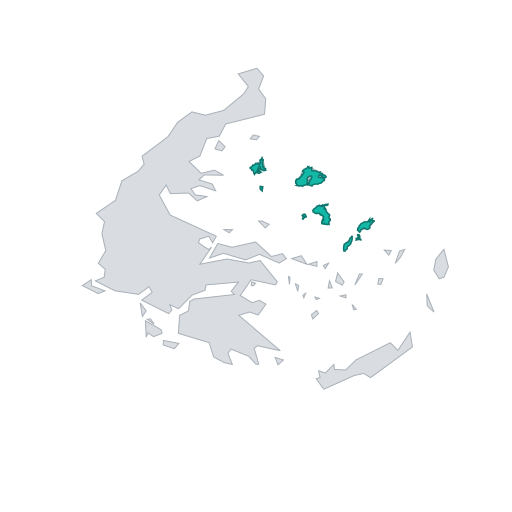 Voreioy Aigaioy, Voreio Aigaio, Greece (highlighted), rotated 328°
{"feature_id": "26713481B43979888680650", "entity_name": "Voreioy Aigaioy", "entity_type": "district", "adm_level": 2, "iso_a3": "GRC", "parent_name": "Greece", "parent_adm1": "Voreio Aigaio", "projection": "mercator", "projection_center": [26.018, 38.772], "detail": "fine", "context": "in_parent", "style": "filled", "palette": "teal", "viewbox_px": 512, "rotation_deg": 328, "n_neighbors": 0, "source": "geoboundaries", "source_scale": "gbopen_adm2", "svg_char_len": 9778}
<svg xmlns="http://www.w3.org/2000/svg" viewBox="0 0 512 512"><g transform="rotate(328 256 256)"><path d="M337.4,92.1L356.2,97.3L357.9,107.4L346.7,115.7L347.6,127.8L338.3,140.3L300.2,128.0L288.4,134.9L276.4,130.3L261.4,141.5L249.3,140.4L253.3,156.8L266.4,161.3L271.3,170.3L255.0,159.8L248.0,161.2L257.1,171.9L256.3,179.3L245.6,166.5L236.5,164.5L236.8,171.9L245.9,179.6L235.4,178.1L232.2,166.9L216.4,157.7L217.4,148.2L206.3,153.0L204.9,175.8L232.8,218.2L226.2,221.8L226.5,214.2L217.4,211.8L214.3,214.1L216.0,218.5L219.1,225.3L222.9,224.9L204.0,233.2L230.0,243.3L246.3,258.2L257.1,262.0L260.4,289.2L257.2,290.8L239.4,273.6L221.7,281.1L227.9,293.5L235.4,295.4L238.9,302.1L226.5,307.2L220.9,300.1L210.0,297.2L226.4,349.2L209.6,332.8L205.5,333.5L201.0,349.2L198.7,347.9L196.7,337.2L185.5,321.7L180.7,323.5L178.4,335.5L172.5,329.5L166.6,319.2L170.3,304.6L149.2,280.5L159.8,265.8L169.5,266.8L175.8,259.4L180.7,259.7L217.3,277.2L216.3,272.8L227.3,268.8L198.4,254.1L194.6,258.0L181.1,255.3L162.4,259.7L157.1,251.7L156.0,257.2L151.4,258.6L135.7,232.9L148.7,231.8L149.0,225.3L136.1,226.3L118.0,210.8L106.6,192.0L116.0,193.5L121.1,187.4L118.4,178.6L131.5,171.8L137.1,155.5L145.7,146.6L143.1,135.2L166.3,134.3L182.2,121.1L201.2,121.7L209.9,118.7L212.2,111.0L244.5,108.2L260.4,101.1L278.0,99.8L287.7,109.8L305.8,115.4L331.3,112.0L339.3,108.3L337.4,92.1ZM252.7,392.0L264.6,389.2L262.4,393.8L271.7,400.2L285.7,397.1L323.9,400.7L326.3,411.2L346.3,402.2L340.5,416.0L288.7,419.9L285.2,412.7L275.9,409.4L242.9,404.9L242.0,392.0L245.9,393.0L248.3,386.4L252.7,392.0ZM230.2,225.2L240.3,235.9L263.1,243.9L268.8,264.6L279.7,268.1L280.3,274.3L271.9,274.3L259.8,256.4L245.1,253.8L229.9,236.5L215.5,233.1L230.2,225.2ZM349.7,210.6L356.1,221.4L356.3,225.2L352.7,223.1L354.9,227.0L340.3,225.5L338.3,222.8L344.5,217.1L336.9,222.1L328.3,217.0L340.5,208.5L349.7,210.6ZM404.1,373.6L399.3,372.3L399.3,362.2L406.8,354.0L418.9,349.9L413.4,367.2L404.1,373.6ZM337.7,264.7L334.1,267.5L330.1,263.5L333.9,258.2L328.3,247.5L340.3,249.1L337.7,264.7ZM127.9,252.3L136.5,268.4L135.4,271.8L126.4,270.1L123.7,263.9L119.9,266.6L127.9,252.3ZM109.5,205.6L102.2,204.2L93.1,189.1L103.8,188.8L100.7,194.0L109.5,205.6ZM312.8,178.4L309.8,187.1L305.7,182.8L298.6,184.9L298.4,177.6L312.8,178.4ZM365.5,284.3L374.2,289.2L366.2,292.3L356.2,288.5L365.5,284.3ZM287.7,147.0L282.8,148.8L277.9,143.4L285.6,138.4L287.7,147.0ZM132.8,278.6L144.3,289.3L137.6,291.3L130.1,282.2L132.8,278.6ZM317.0,324.6L313.6,326.4L310.0,319.7L316.2,313.7L317.0,324.6ZM294.6,279.8L294.8,290.0L284.9,277.1L294.6,279.8ZM380.6,378.7L377.3,397.9L374.8,389.1L380.6,378.7ZM133.7,244.4L127.6,247.1L132.9,234.4L133.7,244.4ZM224.1,358.7L217.0,359.9L218.5,352.2L224.1,358.7ZM370.2,336.0L380.3,327.9L385.5,329.3L377.8,333.6L370.2,336.0ZM335.3,297.8L337.5,292.8L347.5,290.9L342.0,295.9L335.3,297.8ZM305.2,316.0L303.8,323.5L300.2,321.4L305.2,316.0ZM304.8,293.0L302.2,297.1L296.1,290.8L304.8,293.0ZM283.9,236.1L278.8,237.1L276.7,227.7L279.7,229.6L283.9,236.1ZM322.3,156.4L318.0,157.7L313.2,153.6L317.8,151.9L322.3,156.4ZM278.6,334.3L278.4,338.0L270.7,339.4L271.9,335.2L278.6,334.3ZM336.6,327.7L324.4,333.0L334.2,326.0L336.6,327.7ZM273.5,292.1L269.3,297.9L272.7,290.5L273.5,292.1ZM313.8,300.6L307.9,303.4L308.1,299.7L313.8,300.6ZM351.7,342.7L346.8,346.2L344.4,344.5L348.2,340.2L351.7,342.7ZM373.6,323.0L369.1,325.7L367.9,318.9L373.6,323.0ZM276.6,303.6L272.7,308.1L274.7,300.4L276.6,303.6ZM133.2,253.4L133.5,259.9L130.2,252.0L133.2,253.4ZM311.7,336.5L310.1,339.2L306.1,334.5L311.7,336.5ZM250.0,221.2L245.6,222.1L242.9,216.6L250.0,221.2ZM241.3,278.8L238.1,279.9L236.3,278.5L238.7,275.7L241.3,278.8ZM278.4,313.9L274.4,316.8L275.0,314.2L278.4,313.9ZM311.8,348.0L312.8,354.3L310.3,353.4L311.8,348.0ZM287.3,325.5L284.0,325.0L284.2,322.0L287.3,325.5Z" fill="#d9dde1" stroke="#a8b0b8" stroke-width="1"/><path d="M347.5,208.2L347.2,207.7L346.7,208.2L346.1,208.4L343.7,208.3L342.8,208.0L341.9,208.4L341.1,208.3L340.6,208.7L340.8,208.8L340.8,209.1L340.6,209.8L341.1,210.3L340.6,210.9L339.9,211.0L338.6,211.8L338.0,211.4L337.8,211.9L337.0,212.3L335.4,212.7L334.5,212.6L334.2,213.1L333.3,213.1L333.0,212.8L332.3,213.3L331.9,213.0L331.3,213.0L331.1,212.9L331.2,212.4L330.8,212.4L330.6,212.9L329.6,213.2L328.8,214.4L328.9,215.0L328.7,215.2L328.4,215.2L328.3,215.6L328.7,216.0L328.6,216.5L328.6,217.8L327.8,217.6L328.3,218.2L329.1,218.6L329.4,219.3L329.9,219.5L330.4,220.0L331.0,220.0L331.7,220.3L332.4,221.6L333.9,221.4L337.1,222.5L337.4,222.3L337.5,221.8L337.9,221.3L338.5,221.6L338.9,220.0L340.1,219.0L340.1,217.8L340.5,217.2L341.2,217.1L341.8,216.7L343.6,216.7L344.9,217.2L345.4,217.7L345.4,218.0L344.9,219.1L343.7,219.4L343.6,219.8L343.2,219.9L342.6,220.4L342.1,220.3L341.9,220.5L341.3,220.6L340.3,222.0L339.7,222.1L339.3,222.5L338.4,222.2L337.4,222.9L337.4,223.2L338.1,223.2L338.4,223.5L339.4,224.8L339.6,225.3L340.6,226.3L341.0,225.9L341.6,225.8L343.2,226.0L345.0,226.7L346.6,227.9L348.0,227.9L349.5,228.5L350.3,228.6L352.8,227.9L353.4,227.9L353.8,228.2L354.7,227.3L354.3,225.7L353.8,225.4L352.8,223.8L351.9,223.4L351.3,222.8L350.9,221.8L351.8,221.1L352.7,220.9L354.2,222.7L354.3,223.5L354.2,223.7L353.6,223.9L353.6,224.3L354.4,224.6L354.0,225.0L354.6,226.1L355.6,225.8L356.7,226.4L357.2,226.3L357.5,225.6L357.3,224.5L356.7,223.4L355.3,222.1L355.3,221.6L355.7,221.3L355.2,221.2L354.9,220.2L354.3,219.9L354.3,218.9L354.7,218.7L353.8,218.4L353.1,217.9L352.4,216.5L352.2,215.8L351.7,215.7L349.6,213.9L348.6,213.5L348.6,212.9L350.3,210.4L349.6,210.1L348.4,210.0L347.6,209.7L347.5,209.3L348.1,208.2L347.5,208.2ZM334.5,246.0L331.9,246.8L330.0,246.8L328.8,247.2L328.3,247.8L328.2,248.3L327.8,248.7L327.8,249.1L328.3,249.6L328.9,251.3L330.1,252.3L331.3,252.6L332.0,253.0L332.6,253.9L332.4,255.0L332.8,255.1L332.8,255.8L333.7,256.3L334.0,258.3L334.0,258.8L333.2,259.3L333.0,260.0L332.7,261.0L331.6,260.7L331.5,261.4L331.2,261.1L331.3,260.7L331.1,260.8L330.7,261.3L329.5,262.2L329.0,263.5L329.3,263.6L329.5,263.4L329.8,263.4L330.0,264.6L330.9,264.5L330.8,264.9L331.3,265.7L332.2,265.9L332.4,266.4L333.1,267.1L333.9,267.3L334.6,268.0L335.0,267.7L335.0,266.6L335.6,265.7L336.7,265.3L338.0,265.1L338.2,264.5L338.6,264.0L338.1,263.4L338.1,262.1L340.2,260.3L340.1,259.3L339.6,258.8L339.6,257.7L339.4,257.3L339.3,255.7L339.3,255.1L339.7,253.7L340.0,253.4L340.0,252.8L339.5,252.8L339.6,252.2L338.9,252.1L339.1,251.7L339.5,251.6L340.0,251.2L339.9,250.0L340.3,249.3L340.2,248.5L339.4,247.9L339.0,248.7L338.6,248.4L338.7,249.1L338.3,248.9L338.2,248.3L337.4,248.3L336.6,246.5L335.8,246.8L334.5,246.0ZM313.1,178.2L312.7,176.7L313.1,176.4L313.2,175.8L312.1,176.5L311.4,177.3L311.1,177.3L310.7,176.7L310.4,176.6L310.1,176.9L310.3,177.1L310.3,177.5L309.2,178.6L309.5,179.0L309.4,179.3L308.2,179.3L307.9,180.0L307.3,180.6L306.8,180.5L306.7,180.1L307.0,179.8L306.5,179.6L306.3,179.2L306.2,178.8L306.6,178.2L305.6,178.1L305.1,177.3L304.4,177.7L303.7,177.6L302.1,178.1L301.6,177.2L299.8,178.1L299.1,178.0L298.2,178.3L297.7,178.1L297.6,178.4L297.9,178.4L298.1,178.9L298.0,179.9L298.2,180.6L298.0,180.9L298.7,181.1L299.0,181.7L298.5,182.8L298.6,183.7L298.2,184.5L298.4,184.5L298.8,184.8L298.1,185.5L298.0,185.9L298.9,185.5L299.6,185.6L300.7,184.9L301.1,185.1L301.1,185.8L301.4,185.8L302.2,184.8L302.7,184.8L302.9,185.0L302.4,185.2L301.9,186.4L301.8,187.0L302.4,187.6L303.9,187.5L304.8,187.7L304.7,187.2L304.2,186.5L304.0,185.7L303.7,185.3L303.2,185.4L303.1,185.1L303.9,183.7L304.4,183.5L304.9,183.7L305.0,183.6L304.3,183.2L303.5,183.3L304.9,182.2L305.9,181.9L306.3,182.2L306.3,182.4L306.8,182.9L306.2,183.7L306.5,184.2L306.0,184.5L305.4,184.6L305.2,185.0L305.7,185.1L306.3,185.8L307.4,186.4L307.3,187.2L307.8,187.8L309.7,188.4L309.5,187.5L310.4,186.9L309.3,185.7L309.2,185.0L309.7,184.6L309.3,184.3L309.2,183.6L310.3,183.1L309.9,183.1L309.7,182.3L310.1,181.9L310.7,181.8L310.8,180.9L311.0,180.3L311.6,179.8L312.0,179.1L313.0,178.6L313.1,178.2ZM366.4,284.6L362.1,284.3L360.3,285.0L359.8,285.0L359.2,285.4L358.6,286.1L357.9,286.4L357.3,286.3L356.8,286.7L355.8,288.0L356.4,289.4L356.2,290.1L356.6,290.8L357.7,290.4L358.5,289.5L361.6,289.2L362.7,289.8L364.3,292.4L365.2,292.6L367.1,292.7L367.6,292.3L367.8,291.1L368.7,290.5L369.7,290.1L370.6,290.1L371.5,289.3L372.7,289.4L374.5,289.2L374.8,288.8L374.5,288.3L373.5,288.3L373.7,287.8L373.1,286.8L374.7,286.0L374.6,285.8L373.3,286.1L372.1,285.9L371.6,285.6L371.6,285.3L371.8,285.0L371.4,285.2L371.2,285.5L371.4,285.8L370.4,285.4L370.1,285.6L371.2,287.0L371.1,287.3L370.8,287.4L370.3,286.8L369.2,286.1L367.6,285.9L366.4,284.6ZM347.9,290.3L347.8,290.1L346.7,290.5L345.5,290.6L342.6,292.7L341.8,293.1L339.6,292.7L338.3,292.9L337.1,292.8L336.3,293.5L334.4,295.8L333.5,297.4L333.2,298.4L333.8,298.8L333.8,298.6L334.9,298.4L336.4,298.5L337.4,297.9L338.3,296.6L339.0,296.4L341.4,296.2L342.7,295.8L345.3,293.9L346.8,292.3L347.2,291.1L347.8,290.8L347.9,290.3ZM295.7,204.1L296.5,202.8L297.2,202.5L298.4,200.8L296.4,199.2L296.1,199.5L295.9,200.1L295.4,200.7L295.1,201.8L295.3,203.1L295.7,204.1ZM317.9,245.8L317.3,246.4L316.6,246.1L316.5,246.3L316.5,246.6L317.7,248.0L317.4,248.9L317.5,249.1L317.9,248.9L318.9,249.5L319.4,249.4L319.8,246.7L318.7,245.9L318.1,246.0L317.9,245.8ZM354.2,293.2L354.5,292.5L353.5,291.8L353.1,292.2L353.1,293.0L353.7,293.4L353.6,293.8L353.8,294.6L353.0,295.3L352.7,294.9L352.5,294.2L352.1,294.3L352.3,294.5L352.2,295.2L352.4,296.4L352.6,296.6L352.7,297.1L353.1,297.7L353.5,297.9L353.7,297.0L353.3,296.4L353.1,295.6L354.0,295.0L354.4,294.5L354.6,293.8L354.6,293.2L354.2,293.2ZM342.7,249.2L341.1,248.9L342.1,250.3L343.3,250.7L344.0,250.8L344.5,250.1L343.3,249.8L342.7,249.2ZM351.6,295.3L351.3,294.5L350.7,294.3L350.8,294.5L349.4,295.5L349.8,295.7L350.1,295.4L350.7,295.5L350.9,295.8L350.8,296.0L351.2,296.2L351.6,295.3ZM315.4,249.7L316.1,249.4L316.0,249.1L316.3,248.6L315.6,248.5L315.1,249.4L315.4,249.7Z" fill="#14b8a6" stroke="#0f766e" stroke-width="1.5"/></g></svg>